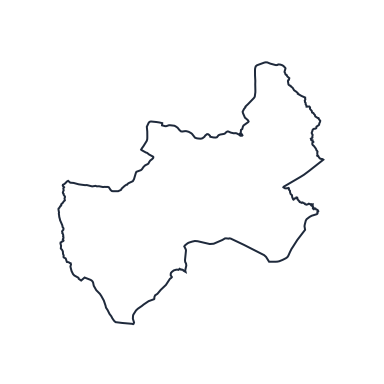 Rolea B'ier, Kâmpóng Chhnang, Cambodia (Robinson projection), rotated 103°
{"feature_id": "14789045B85845272815349", "entity_name": "Rolea B'ier", "entity_type": "district", "adm_level": 2, "iso_a3": "KHM", "parent_name": "Cambodia", "parent_adm1": "Kâmpóng Chhnang", "projection": "robinson", "projection_center": [104.575, 12.211], "detail": "fine", "context": "isolated", "style": "outline", "palette": "slate", "viewbox_px": 384, "rotation_deg": 103, "n_neighbors": 0, "source": "geoboundaries", "source_scale": "gbopen_adm2", "svg_char_len": 5935}
<svg xmlns="http://www.w3.org/2000/svg" viewBox="0 0 384 384"><g transform="rotate(103 192 192)"><path d="M50.1,129.0L48.6,131.3L48.1,133.0L48.0,135.0L48.2,136.0L48.3,136.7L48.9,137.2L49.3,138.0L49.5,139.2L49.3,144.7L48.8,147.7L49.0,149.2L49.6,150.6L53.3,156.3L54.0,157.3L55.3,158.2L57.3,158.3L58.8,158.1L64.3,156.8L69.5,155.3L72.9,154.6L78.8,153.1L80.6,152.7L84.8,152.3L85.8,152.5L86.8,153.0L93.8,157.2L96.2,158.8L96.9,159.2L97.4,159.0L99.4,160.0L101.9,160.6L102.5,160.7L103.8,160.0L107.7,157.1L108.3,155.8L109.6,153.5L110.6,152.7L111.2,152.9L115.5,156.7L116.7,157.1L119.4,157.2L120.4,158.2L121.0,158.2L123.1,157.8L123.9,158.2L124.5,156.4L125.4,155.6L125.9,155.9L126.3,157.5L125.5,159.1L124.9,161.4L124.8,162.5L125.4,164.6L125.4,167.6L124.9,170.1L124.9,170.7L125.3,171.4L126.0,172.1L127.6,173.1L128.2,173.9L129.7,177.5L130.7,178.9L133.0,180.0L133.6,181.1L134.0,183.2L134.1,186.6L133.3,187.0L132.5,188.2L132.1,189.2L132.2,190.3L134.0,191.8L135.4,192.3L137.3,193.9L138.1,195.4L138.5,198.1L138.6,199.5L138.4,201.3L135.4,205.0L134.9,206.0L134.1,208.7L134.0,211.1L134.2,212.3L135.3,215.2L135.4,216.4L134.5,218.1L132.6,220.5L131.7,222.8L131.4,224.1L131.9,228.6L132.2,229.6L133.6,231.8L133.9,232.9L133.8,236.2L131.6,236.5L131.6,239.4L131.8,242.2L132.5,247.7L132.8,248.5L133.3,249.2L134.4,249.8L138.6,250.7L143.1,249.2L148.5,247.9L150.6,247.5L152.4,247.6L158.2,249.6L160.8,250.7L162.2,251.1L162.5,250.6L163.9,245.8L164.0,244.5L165.1,242.3L166.3,237.9L166.7,237.5L167.7,237.5L169.0,238.3L170.8,239.8L172.6,240.5L174.2,240.9L174.9,241.6L176.6,243.7L177.3,244.1L178.3,244.8L181.1,245.9L182.2,246.7L184.8,250.7L186.1,251.0L192.5,251.4L194.8,252.1L197.6,255.7L198.5,256.5L199.4,256.8L199.7,257.6L201.2,259.0L204.5,261.3L205.8,261.6L206.1,261.9L207.8,264.1L209.0,269.2L209.1,270.3L208.4,271.7L206.1,274.1L206.0,275.1L206.7,278.4L207.2,279.8L207.3,283.7L207.9,286.1L207.7,287.3L209.0,290.5L208.9,296.0L209.4,297.8L209.8,301.8L210.0,304.1L209.8,309.4L210.3,312.7L209.0,315.2L210.0,316.3L211.6,317.2L213.0,318.2L214.0,319.4L214.8,319.4L215.4,318.9L216.1,317.7L217.4,318.2L219.3,317.4L220.4,317.7L220.9,317.6L221.7,317.7L222.3,317.3L222.6,316.7L223.5,316.5L225.0,314.8L225.7,314.6L226.8,314.8L228.8,314.0L230.0,314.9L231.5,315.4L233.1,316.5L233.5,316.7L234.5,316.4L235.2,316.8L235.5,317.2L237.3,317.7L238.1,318.3L239.0,318.2L242.1,316.9L243.1,316.9L244.2,316.4L246.2,315.7L248.4,314.5L249.0,314.3L253.6,310.9L255.4,310.1L256.1,309.2L256.8,308.9L257.9,308.9L258.8,309.5L259.7,309.7L260.6,309.1L261.2,309.2L262.0,308.3L263.1,307.7L264.4,307.6L264.8,307.1L266.0,306.9L266.8,307.2L267.3,307.2L268.0,306.3L268.5,306.3L269.0,306.7L269.7,307.8L270.4,308.0L270.8,308.7L271.8,308.6L273.8,307.5L276.6,307.1L277.5,305.7L278.9,304.5L281.4,303.7L282.6,302.8L284.2,302.6L284.6,302.2L285.2,300.1L288.3,298.2L288.2,296.3L288.7,295.1L288.7,294.2L289.8,293.6L291.9,293.7L292.4,293.5L296.1,291.6L298.8,289.4L299.8,287.9L301.1,283.4L302.1,282.8L303.2,280.1L299.5,277.4L300.4,271.3L300.7,270.2L301.3,269.1L302.3,268.1L305.5,266.6L309.2,263.2L312.0,258.8L313.7,257.0L317.6,253.5L322.3,250.6L324.0,249.8L326.0,247.7L329.4,244.9L331.2,242.7L333.0,241.2L335.0,239.0L336.0,237.2L335.3,230.5L333.9,220.6L334.0,219.7L333.6,219.3L332.2,219.1L328.8,221.1L326.1,221.6L324.8,221.6L320.0,219.9L317.9,218.5L314.3,215.2L312.5,213.8L308.1,209.7L305.0,204.9L304.6,204.7L302.8,205.0L301.0,204.7L299.0,202.8L294.3,200.4L288.4,196.5L281.6,194.0L280.3,192.9L279.4,192.5L278.0,194.0L276.7,194.3L275.6,194.3L274.3,193.6L272.5,192.1L271.2,189.8L270.9,188.5L270.9,187.6L269.6,186.8L270.2,185.1L269.8,184.6L270.0,183.2L270.6,182.6L271.3,180.3L269.9,181.0L265.0,181.0L263.1,181.7L261.7,182.9L260.0,183.5L250.4,184.7L249.4,185.1L246.7,187.3L245.4,186.7L242.9,184.7L242.0,183.6L240.3,180.7L239.1,178.2L238.7,175.4L238.7,163.0L237.5,159.2L231.9,151.6L229.8,149.4L229.5,148.4L229.2,145.7L228.8,145.3L228.7,144.8L228.7,143.7L231.8,129.6L237.3,107.5L238.6,105.2L242.6,101.2L241.2,95.1L240.7,93.3L239.9,91.5L237.8,88.5L235.4,85.6L234.0,84.4L232.4,83.8L228.3,83.0L225.0,82.2L222.9,81.4L215.0,78.6L203.4,73.3L200.0,74.7L198.4,74.8L194.3,74.7L192.7,74.2L189.8,71.8L188.2,70.0L185.6,65.5L185.0,65.0L184.5,64.9L183.4,65.4L183.0,65.3L182.7,64.7L182.3,64.6L181.2,65.7L181.1,67.1L180.3,68.0L180.4,68.7L181.4,69.4L180.9,70.5L180.3,70.7L179.6,70.4L178.9,71.0L178.5,72.1L177.7,71.4L176.9,71.6L177.3,72.2L177.0,72.6L177.0,73.2L177.6,73.6L177.2,74.6L177.1,75.6L177.8,76.2L178.2,77.1L178.5,77.3L178.6,77.8L178.4,79.2L177.8,79.6L177.7,81.3L177.3,81.8L177.4,82.4L177.9,82.9L177.6,83.9L177.6,84.8L176.8,85.3L176.6,86.0L176.2,86.3L175.6,87.3L173.8,88.2L173.8,89.1L174.8,89.4L175.2,90.6L176.6,91.3L176.5,91.7L174.5,93.2L172.6,93.9L171.9,95.3L170.4,96.3L168.7,96.9L168.3,97.6L167.8,98.1L166.6,98.4L166.3,98.9L167.1,100.3L167.5,102.1L166.9,104.0L166.3,103.9L152.9,89.7L150.0,86.8L145.4,82.9L131.0,71.3L130.6,72.1L130.7,74.5L129.8,76.0L129.4,76.3L129.2,76.6L128.6,77.0L128.7,77.8L128.5,78.2L127.9,78.0L125.7,78.8L124.6,78.7L123.8,79.3L123.5,80.0L122.3,80.7L121.5,81.5L119.8,83.5L119.1,84.9L118.2,85.6L117.0,85.8L115.9,85.0L115.6,85.3L115.3,86.0L114.5,86.2L114.6,86.7L114.8,87.1L114.7,87.4L113.3,88.2L112.9,87.6L111.9,86.9L111.2,87.2L109.3,87.3L108.9,87.5L108.3,88.2L107.5,88.7L105.2,88.4L104.7,88.5L103.8,88.2L103.0,87.4L102.5,86.0L102.1,85.5L101.8,85.3L100.3,85.4L98.3,83.5L97.8,83.3L96.7,83.4L94.7,83.0L93.7,83.1L92.8,84.4L92.2,85.0L91.7,85.1L91.5,85.6L91.6,86.2L90.6,88.9L89.2,89.7L88.6,90.7L87.8,91.4L87.6,91.9L87.7,92.5L87.5,92.9L86.0,93.6L84.6,95.6L84.3,95.8L83.0,96.0L82.3,96.9L83.1,99.6L82.0,100.0L81.0,101.0L79.7,101.3L78.9,102.2L78.1,102.4L77.5,102.7L76.5,102.4L75.7,102.6L75.3,102.9L74.5,103.0L73.8,106.8L72.6,110.8L72.2,110.7L70.9,112.8L69.9,115.4L67.8,117.4L66.7,119.8L66.3,119.9L66.2,120.9L65.8,121.9L65.3,122.3L62.3,123.5L61.4,123.4L60.9,122.8L59.2,122.8L57.9,125.2L56.7,126.1L56.7,126.8L56.3,127.4L55.3,127.9L54.5,128.7L53.9,128.9L50.6,128.7L50.1,129.0Z" fill="none" stroke="#1e293b" stroke-width="2"/></g></svg>